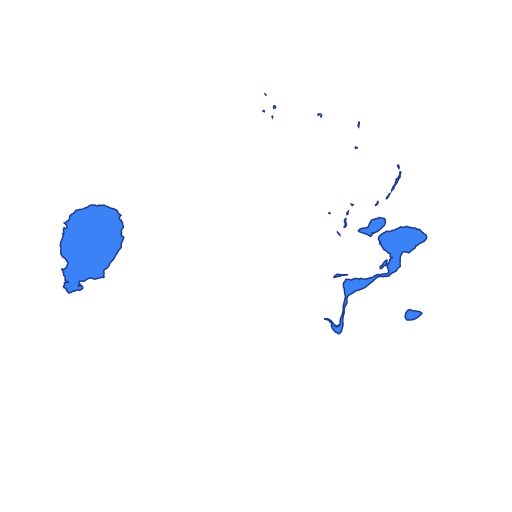 the district of Kiriwina-Goodenough District, Milne Bay, Papua New Guinea, rotated 50°
{"feature_id": "67681753B57057490318375", "entity_name": "Kiriwina-Goodenough District", "entity_type": "district", "adm_level": 2, "iso_a3": "PNG", "parent_name": "Papua New Guinea", "parent_adm1": "Milne Bay", "projection": "natural_earth1", "projection_center": [150.66, -8.912], "detail": "fine", "context": "isolated", "style": "filled", "palette": "blue", "viewbox_px": 512, "rotation_deg": 50, "n_neighbors": 0, "source": "geoboundaries", "source_scale": "gbopen_adm2", "svg_char_len": 6168}
<svg xmlns="http://www.w3.org/2000/svg" viewBox="0 0 512 512"><g transform="rotate(50 256 256)"><path d="M138.1,333.3L134.8,334.0L133.8,333.9L132.5,333.2L131.3,333.2L130.2,334.2L129.1,334.2L125.5,336.8L122.4,338.1L121.0,339.5L119.6,339.5L116.8,343.3L116.1,343.5L116.0,344.8L115.2,346.0L113.6,346.5L112.2,348.0L110.4,350.7L110.2,354.4L109.3,356.1L108.4,359.5L106.8,361.3L106.6,362.2L105.1,365.0L105.9,366.5L105.8,367.3L106.1,367.7L105.4,371.2L105.5,372.3L106.0,373.3L107.8,375.2L108.1,376.7L107.8,378.6L108.1,380.4L107.5,381.7L110.6,381.3L112.5,382.2L112.7,382.6L112.5,384.1L111.0,384.9L111.7,385.6L111.7,386.4L113.1,387.1L113.7,387.9L114.5,388.0L114.8,389.7L115.1,390.1L116.2,389.9L120.3,397.2L122.4,399.4L124.1,399.9L128.9,404.1L132.4,404.7L134.8,403.8L140.3,404.3L140.9,404.9L142.8,408.5L142.8,411.5L142.1,412.5L141.2,412.8L141.8,413.5L143.7,413.4L144.3,414.2L145.6,414.6L147.2,415.7L149.5,415.7L151.9,417.9L153.6,418.2L154.0,416.8L155.3,416.7L155.4,417.0L155.0,417.5L154.3,417.8L153.4,419.9L153.8,420.4L154.7,420.7L155.6,423.2L157.0,423.4L157.2,422.9L158.1,422.9L159.0,422.3L159.9,423.1L161.4,423.0L161.9,423.4L163.6,423.0L163.9,423.3L164.9,421.6L165.1,419.3L166.3,417.9L166.2,416.6L167.6,414.0L168.5,413.6L169.1,412.8L169.1,411.4L169.6,409.9L168.4,408.7L166.4,408.7L165.9,409.2L165.8,410.2L164.9,411.2L164.6,408.9L163.5,409.6L162.1,407.9L162.1,406.8L164.9,403.9L165.5,398.3L167.7,395.7L170.0,394.6L173.2,387.8L174.2,387.0L174.6,386.1L172.9,385.1L171.8,383.7L170.3,382.8L168.9,381.3L169.4,378.6L169.3,375.7L167.6,372.5L167.1,368.3L166.2,365.1L165.2,363.3L164.8,361.0L163.9,359.5L162.7,353.5L160.0,351.5L158.1,347.5L156.7,345.3L156.1,345.3L155.2,346.1L154.3,345.5L152.9,345.8L152.0,344.0L150.7,343.6L149.4,341.8L148.8,339.2L148.3,339.0L147.8,338.3L146.4,338.2L144.3,336.6L142.7,337.0L142.0,336.2L141.6,336.9L139.6,336.8L139.1,335.8L138.1,335.5L138.1,333.3ZM351.0,112.9L348.6,112.3L347.6,113.0L345.1,113.1L344.5,113.6L341.3,113.5L340.7,113.7L340.1,114.8L338.9,115.0L337.7,116.1L336.5,116.3L334.7,118.7L333.5,119.0L332.7,120.2L330.9,121.0L329.9,121.9L329.2,124.0L327.3,126.3L326.5,126.6L326.6,127.6L325.5,131.1L325.1,133.6L324.2,134.7L323.2,137.8L321.0,140.1L320.7,141.5L321.0,142.0L320.3,143.4L319.9,148.2L320.7,150.2L322.3,151.7L325.5,151.8L325.3,152.8L326.0,153.4L327.7,153.1L333.6,153.9L334.9,153.1L339.3,152.5L340.8,151.8L342.4,153.4L343.5,153.6L345.3,152.0L344.3,153.6L344.8,155.1L344.6,155.7L346.1,157.3L346.7,158.6L346.8,160.3L348.8,162.6L350.8,162.8L351.2,163.3L353.2,164.3L353.7,165.0L353.9,166.0L353.7,167.2L351.0,171.0L349.9,173.3L348.4,174.6L347.4,177.7L347.4,180.6L346.5,181.6L344.6,186.1L342.7,188.7L340.7,189.8L340.3,190.4L340.5,191.7L340.3,192.2L339.4,192.0L337.2,194.1L336.1,196.3L335.8,198.4L334.9,198.7L331.7,202.0L331.8,202.7L332.9,204.8L332.8,206.0L333.5,207.0L336.1,208.9L338.0,209.5L341.6,212.1L344.4,213.3L350.8,221.8L352.2,222.9L352.9,221.7L351.9,220.5L350.6,216.6L347.2,214.0L346.1,212.4L345.7,210.7L346.1,207.5L346.5,206.4L346.9,201.5L348.2,199.3L350.1,193.2L350.3,187.5L350.1,186.1L350.5,182.7L350.2,180.8L350.2,176.3L352.4,172.6L353.4,172.1L356.7,167.1L356.4,163.3L357.6,158.4L356.6,155.2L356.7,152.3L356.2,151.5L355.0,151.1L350.0,146.5L348.7,144.8L347.4,141.3L347.4,140.6L347.9,139.8L349.1,139.0L350.1,137.7L351.5,137.2L351.9,136.6L351.7,133.8L352.1,129.1L351.1,126.9L351.4,126.0L351.5,123.4L352.8,117.8L352.2,114.3L351.0,112.9ZM313.9,152.2L315.4,146.2L315.0,137.6L312.5,134.4L311.1,133.6L309.8,133.6L305.6,137.0L305.6,138.7L304.4,139.8L304.5,141.2L303.5,142.2L302.9,144.0L302.9,145.1L303.8,147.5L305.9,151.5L304.9,154.2L302.9,156.9L302.2,159.1L302.4,161.3L303.4,161.4L304.5,160.9L310.3,157.3L313.6,155.8L314.3,156.0L314.7,155.3L314.5,153.8L313.0,152.2L313.3,151.5L313.9,152.2ZM402.1,181.5L405.1,177.7L406.5,174.4L406.9,171.1L406.9,168.1L406.7,166.0L406.4,165.7L404.4,166.1L402.8,167.3L398.2,171.3L395.8,172.7L395.3,174.1L395.4,176.1L396.0,178.1L398.5,180.9L400.9,181.5L402.1,181.5ZM368.7,239.2L364.6,233.4L361.5,231.4L357.9,227.6L356.0,224.7L353.4,222.7L353.5,223.9L355.8,226.9L358.8,232.2L361.8,235.0L362.3,236.1L362.9,236.5L362.9,237.7L362.5,237.7L362.1,237.0L361.9,237.2L362.2,239.4L361.5,239.1L361.3,240.0L360.3,239.8L360.0,240.8L359.5,240.0L359.0,240.3L353.7,240.1L350.3,241.3L348.2,243.6L348.7,243.9L350.4,242.4L352.7,241.5L354.2,241.8L354.9,241.2L355.8,241.2L358.7,243.6L361.0,244.1L365.2,244.1L367.4,243.0L368.2,243.1L369.1,242.0L368.7,239.2ZM345.6,168.9L346.3,167.5L345.7,163.8L347.0,162.3L343.5,158.3L343.1,158.7L342.8,160.0L343.2,160.7L343.0,161.4L344.1,165.0L343.9,167.7L345.6,168.9ZM293.3,110.3L292.8,106.8L291.7,105.7L290.4,100.7L288.7,97.3L288.3,95.1L286.9,93.9L284.8,91.1L284.4,91.2L284.1,91.7L285.1,92.6L286.7,94.8L287.0,96.2L287.6,96.6L287.2,99.4L288.6,100.5L289.2,101.9L290.4,103.3L290.9,105.9L292.9,110.1L293.3,110.3ZM322.6,210.0L325.8,203.8L325.9,202.7L329.1,198.5L328.9,198.1L325.9,202.0L322.1,205.5L321.9,209.1L322.6,210.0ZM290.7,170.1L291.1,169.7L290.7,167.2L289.6,166.3L286.4,164.8L284.7,162.4L285.4,165.1L286.4,166.0L288.9,167.0L290.2,168.7L290.3,169.8L290.7,170.1ZM154.4,147.3L154.9,146.3L154.6,145.2L153.3,145.0L152.6,145.4L153.0,146.8L154.4,147.3ZM296.0,119.2L296.2,118.7L295.9,118.2L295.8,117.0L294.3,113.1L294.1,113.6L295.4,118.8L296.0,119.2ZM282.7,159.6L283.0,158.9L281.2,156.7L281.4,158.8L282.7,159.6ZM294.1,131.9L294.4,131.0L294.1,129.0L293.6,128.1L292.5,127.6L292.4,127.9L293.5,129.2L293.8,131.8L294.1,131.9ZM223.2,94.4L220.2,91.0L219.6,91.0L219.6,91.4L220.6,92.2L222.1,94.4L223.2,94.4ZM280.7,90.2L280.3,89.5L278.9,88.7L277.7,88.6L277.5,88.9L277.7,89.5L280.7,90.2ZM237.6,110.4L238.3,109.2L238.1,108.8L236.6,109.5L236.8,110.4L237.6,110.4ZM294.0,178.3L293.7,178.0L290.2,178.2L290.6,178.5L294.0,178.3ZM188.1,117.9L188.5,115.9L188.4,115.5L187.3,116.9L187.5,117.6L188.1,117.9ZM277.6,149.7L279.2,149.9L279.3,149.4L279.2,148.6L277.6,149.7ZM149.4,157.5L150.7,157.0L150.1,156.3L149.2,156.9L149.4,157.5ZM191.2,116.8L190.7,115.4L190.3,115.2L190.3,116.6L191.2,116.8ZM270.0,172.7L271.0,172.2L270.8,171.8L269.8,172.1L270.0,172.7ZM160.5,154.5L160.0,153.5L159.5,153.5L159.4,154.0L160.5,154.5ZM139.1,144.9L138.9,144.7L137.9,145.0L138.1,145.1L139.1,144.9Z" fill="#3b82f6" stroke="#1e3a8a" stroke-width="1.5"/></g></svg>